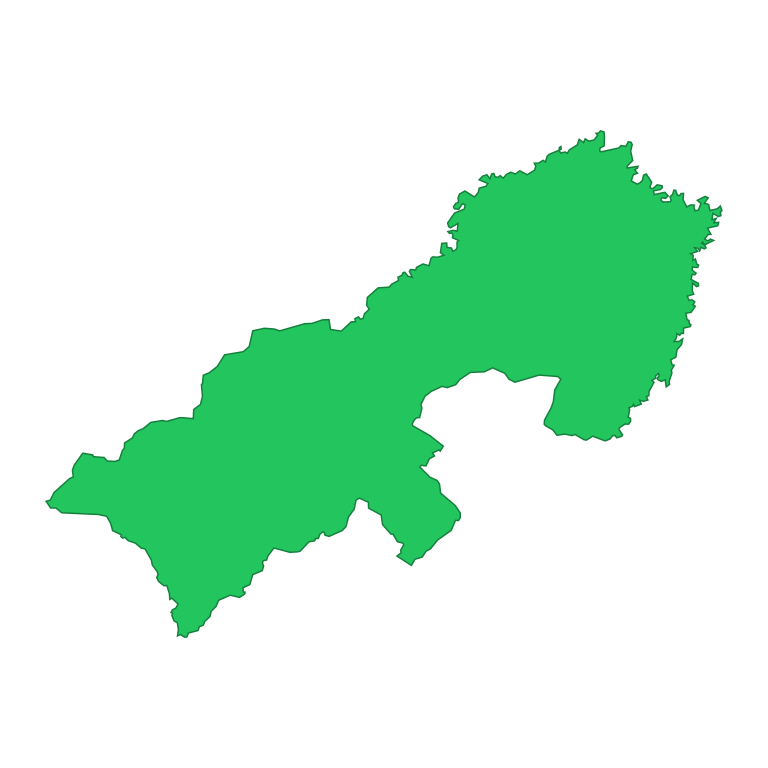 outline of Bagé, Rio Grande do Sul, Brazil
{"feature_id": "56859067B38463954563112", "entity_name": "Bagé", "entity_type": "district", "adm_level": 2, "iso_a3": "BRA", "parent_name": "Brazil", "parent_adm1": "Rio Grande do Sul", "projection": "mercator", "projection_center": [-53.953, -31.246], "detail": "fine", "context": "isolated", "style": "filled", "palette": "green", "viewbox_px": 768, "rotation_deg": 0, "n_neighbors": 0, "source": "geoboundaries", "source_scale": "gbopen_adm2", "svg_char_len": 6120}
<svg xmlns="http://www.w3.org/2000/svg" viewBox="0 0 768 768"><path d="M437.6,540.0L451.2,530.4L455.5,520.3L458.6,520.5L460.3,517.6L460.2,512.9L455.3,505.6L440.6,493.1L439.5,484.0L437.0,480.4L429.9,477.2L419.8,467.0L421.2,465.3L426.0,465.9L429.4,458.7L434.5,456.0L432.5,452.9L438.9,450.0L440.2,451.1L443.3,446.2L430.0,435.7L412.6,425.7L412.3,423.8L414.3,420.0L416.5,417.8L419.6,417.6L421.9,408.1L420.9,404.5L425.0,396.2L431.3,391.3L442.0,386.4L447.1,387.6L455.7,384.7L459.8,379.5L470.4,372.4L484.5,371.8L492.5,367.9L504.9,373.3L509.1,379.3L515.0,382.2L539.0,375.1L557.7,376.5L560.8,379.2L554.8,389.8L553.3,401.8L551.1,407.9L544.5,420.1L544.2,424.2L545.8,425.9L552.7,429.8L556.9,435.2L564.9,434.1L572.1,435.6L575.0,434.5L584.2,439.8L586.5,440.1L592.7,436.2L605.1,440.9L610.0,439.0L612.6,435.6L615.1,435.6L616.7,437.8L621.5,436.4L622.6,434.9L618.9,429.4L619.8,427.5L624.9,424.1L628.7,424.1L630.6,421.3L630.5,418.4L628.2,417.1L629.7,409.7L628.9,407.8L632.7,406.2L633.5,404.3L634.6,406.6L641.3,404.1L639.6,400.2L643.3,401.3L647.9,400.0L646.4,396.6L648.8,395.7L649.0,391.5L654.0,382.3L651.9,380.3L655.6,378.3L655.6,375.9L658.5,373.5L659.1,375.7L657.2,378.4L658.4,380.0L661.3,381.4L665.2,379.9L666.2,386.9L669.6,384.3L669.1,381.5L671.9,373.0L671.3,370.3L674.2,365.2L672.0,364.7L670.8,359.8L675.9,357.1L677.0,349.7L681.5,344.6L682.7,338.9L679.1,341.4L674.1,341.5L676.3,338.1L677.0,333.7L679.7,335.3L681.2,333.3L683.4,333.5L683.6,328.1L690.4,326.5L690.9,324.7L689.3,323.7L689.0,320.5L687.1,319.6L685.7,313.3L691.1,312.3L695.3,306.3L692.9,304.7L694.8,301.9L692.1,299.8L689.2,300.4L687.2,296.2L693.7,294.2L692.3,291.0L692.5,282.9L696.5,286.6L698.6,285.8L698.3,283.3L691.1,279.4L692.0,274.5L695.0,274.7L696.1,273.2L692.2,270.2L692.5,267.0L697.7,267.5L698.6,265.0L696.8,264.2L695.4,259.0L692.8,260.4L693.2,255.4L690.6,253.7L697.6,251.4L694.6,247.7L697.8,248.2L699.7,250.9L700.8,247.4L704.4,248.8L706.0,247.9L704.6,244.9L713.6,240.4L710.4,239.1L708.0,240.9L704.6,239.1L708.1,234.5L710.9,234.4L707.5,228.1L717.7,225.8L718.7,222.4L713.8,222.7L716.2,218.4L712.0,219.8L712.9,213.4L718.3,216.5L720.9,215.7L720.3,212.5L721.9,210.5L720.3,206.0L717.3,208.8L709.9,210.5L708.6,204.5L704.4,203.2L708.2,197.9L705.2,196.4L697.3,200.3L700.9,203.5L698.4,210.1L695.2,210.9L693.8,207.0L694.4,205.1L690.8,204.9L686.8,206.9L683.1,199.8L683.5,193.4L681.1,193.5L679.6,195.6L677.4,195.2L675.6,190.3L673.8,190.2L672.8,194.1L670.0,196.8L671.2,200.5L670.2,201.8L662.6,202.0L660.8,200.0L661.7,197.7L665.5,198.4L668.2,195.9L664.8,192.3L654.2,194.6L653.4,190.9L660.4,189.5L662.3,187.7L662.1,185.8L657.2,184.8L653.1,188.5L651.2,188.4L649.8,187.2L651.7,182.3L646.3,174.0L643.6,175.1L642.3,180.7L639.1,183.4L637.1,184.1L631.3,180.9L633.2,174.7L637.5,173.3L634.7,169.6L637.5,168.1L638.0,166.3L627.2,168.0L627.1,166.2L632.7,160.5L630.7,151.2L632.2,144.5L631.0,142.2L628.3,141.8L625.9,146.3L621.0,145.6L619.0,147.9L601.4,151.8L599.7,151.0L600.1,147.9L604.1,146.0L604.5,136.9L604.0,131.9L600.5,130.9L598.5,133.1L596.1,133.3L597.6,135.5L594.0,140.0L588.8,141.1L585.2,138.8L583.6,142.6L579.2,139.3L577.4,144.8L569.3,149.9L567.4,153.2L565.0,152.0L560.6,153.1L559.2,150.2L549.2,154.3L547.1,156.4L545.4,162.0L543.1,160.3L538.7,163.1L534.3,163.2L535.8,166.1L534.7,170.1L527.3,174.7L519.8,170.8L515.4,174.0L510.6,172.2L506.2,174.6L503.2,178.2L500.2,175.6L498.4,177.2L495.1,176.9L493.8,173.4L491.6,174.0L490.0,178.7L486.9,174.8L482.7,176.1L479.1,179.8L487.9,183.5L485.9,186.3L479.2,188.1L478.3,192.4L474.5,197.0L464.9,191.0L459.5,194.1L458.0,198.0L458.5,202.3L455.7,203.5L453.5,206.7L454.3,208.8L458.7,209.3L462.5,203.7L465.2,204.9L464.3,209.1L454.6,213.0L447.6,223.0L448.6,226.6L450.5,227.8L458.0,223.4L457.2,231.3L453.5,230.3L447.9,231.6L449.4,233.4L451.9,233.0L453.0,235.2L452.4,237.7L458.7,240.5L457.0,242.2L457.1,247.6L455.8,249.9L452.8,251.2L451.4,248.0L447.0,247.4L446.7,243.0L441.8,243.4L440.4,252.7L444.0,255.2L437.7,257.2L432.6,256.9L431.0,258.3L429.0,265.7L422.9,264.0L416.5,267.4L415.7,270.0L410.5,269.5L409.4,271.4L412.4,277.4L407.8,276.1L404.8,272.2L403.0,272.7L401.9,275.3L397.9,277.2L398.6,280.5L391.6,284.2L389.2,287.1L378.1,287.9L367.4,297.4L366.6,305.1L369.2,309.3L364.5,313.7L363.2,318.2L360.6,319.4L358.6,316.9L354.9,318.6L355.5,321.7L351.3,321.8L341.3,331.1L330.5,329.5L329.0,319.6L322.4,319.9L312.1,323.4L304.8,323.7L279.6,330.9L274.2,329.0L264.4,328.3L252.8,330.8L249.2,346.5L243.3,351.7L224.6,354.8L217.3,366.5L209.2,372.8L203.3,375.2L202.5,383.6L201.4,384.7L202.5,396.2L200.4,404.5L193.7,409.5L193.3,418.6L180.0,417.6L166.6,421.4L162.3,420.5L150.8,422.4L142.8,428.9L138.3,430.6L134.4,433.8L132.3,438.0L124.6,443.0L124.3,448.3L122.4,450.5L119.3,459.9L115.2,461.4L107.2,461.0L104.0,457.5L93.5,456.7L92.7,454.9L82.8,453.2L74.3,465.0L72.4,470.2L73.3,476.9L69.7,478.5L54.1,492.5L50.3,500.1L46.1,501.3L50.7,508.0L56.0,508.0L61.7,512.8L98.5,514.5L106.7,516.3L110.7,523.5L112.6,530.6L121.4,534.8L120.8,536.5L122.6,538.1L124.9,537.4L128.1,540.6L135.5,543.2L141.0,548.0L145.1,549.0L151.4,560.2L152.3,565.0L157.2,571.6L158.1,574.5L156.7,577.5L158.6,581.4L163.9,585.7L166.9,585.6L169.4,593.7L169.8,599.4L171.9,598.2L178.0,604.0L176.0,607.9L172.4,609.9L171.0,612.5L172.5,613.2L171.9,615.6L174.1,620.9L177.3,622.7L178.4,629.4L177.5,635.9L180.5,634.5L184.4,637.1L186.8,637.0L188.5,633.0L198.1,630.5L199.3,626.7L203.3,625.2L204.6,621.6L210.0,616.5L211.2,611.2L216.0,606.5L218.7,600.2L230.3,595.2L239.6,597.4L244.8,593.9L245.0,592.2L243.3,592.0L243.0,587.7L249.8,584.6L252.7,574.7L262.3,570.6L263.6,565.8L262.5,563.3L263.1,560.7L266.5,560.1L267.9,556.0L273.9,548.0L289.9,552.3L297.9,551.8L300.1,551.2L309.1,541.7L314.5,540.9L315.6,538.6L318.3,538.4L319.8,534.4L322.4,532.0L324.3,532.4L324.9,535.1L329.0,536.4L342.2,530.6L346.0,526.6L348.4,517.2L354.2,509.1L356.0,500.3L359.2,498.1L368.4,502.2L368.6,508.2L381.2,515.0L382.6,524.7L391.1,534.2L393.0,534.2L397.4,541.7L403.0,543.2L403.7,544.8L400.6,550.3L401.2,552.7L397.0,556.1L411.4,565.4L414.9,559.2L422.2,557.1L426.1,551.2L430.4,548.9L437.6,540.0ZM704.6,244.9L701.6,243.2L702.7,242.1L704.6,244.9ZM559.2,150.2L561.2,149.0L560.9,146.5L559.2,147.7L559.2,150.2Z" fill="#22c55e" stroke="#15803d" stroke-width="1.5"/></svg>